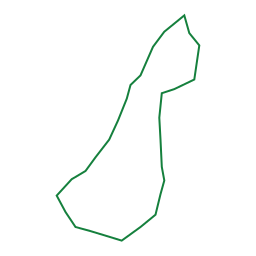 Askas, Nicosia, Cyprus
{"feature_id": "46923920B4634103005126", "entity_name": "Askas", "entity_type": "district", "adm_level": 2, "iso_a3": "CYP", "parent_name": "Cyprus", "parent_adm1": "Nicosia", "projection": "equal_earth", "projection_center": [33.082, 34.945], "detail": "fine", "context": "isolated", "style": "outline", "palette": "green", "viewbox_px": 256, "rotation_deg": 0, "n_neighbors": 0, "source": "geoboundaries", "source_scale": "gbopen_adm2", "svg_char_len": 456}
<svg xmlns="http://www.w3.org/2000/svg" viewBox="0 0 256 256"><path d="M184.3,15.4L164.3,31.7L153.0,46.8L140.5,75.4L130.5,85.0L126.8,98.6L118.0,120.5L109.2,139.6L95.5,157.3L85.5,171.0L71.7,179.2L56.7,195.6L65.5,212.0L75.5,227.0L90.5,231.1L121.7,240.6L140.5,227.0L155.5,214.7L160.5,194.2L164.3,180.5L161.8,166.9L160.5,139.6L159.3,117.7L161.8,93.2L174.3,89.1L194.3,79.5L199.3,45.4L189.3,33.1L184.3,15.4Z" fill="none" stroke="#15803d" stroke-width="2"/></svg>